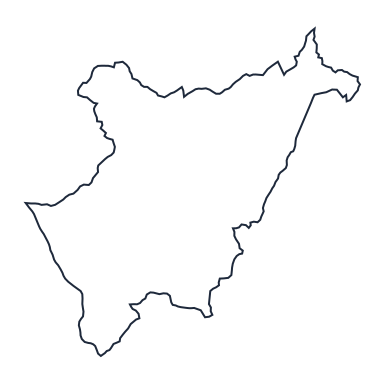 Jaú, São Paulo, Brazil (orthographic projection), rotated 1°
{"feature_id": "56859067B42546306526915", "entity_name": "Jaú", "entity_type": "district", "adm_level": 2, "iso_a3": "BRA", "parent_name": "Brazil", "parent_adm1": "São Paulo", "projection": "orthographic", "projection_center": [-48.547, -22.301], "detail": "fine", "context": "isolated", "style": "outline", "palette": "slate", "viewbox_px": 384, "rotation_deg": 1, "n_neighbors": 0, "source": "geoboundaries", "source_scale": "gbopen_adm2", "svg_char_len": 3917}
<svg xmlns="http://www.w3.org/2000/svg" viewBox="0 0 384 384"><g transform="rotate(1 192 192)"><path d="M76.2,92.7L76.6,96.9L81.8,98.9L85.4,99.2L88.4,101.8L92.1,104.6L95.5,105.2L93.5,108.1L92.5,110.5L92.9,113.0L94.0,115.8L95.5,119.0L95.9,123.0L100.5,123.4L101.2,126.6L99.5,130.0L101.9,131.9L104.9,134.5L103.5,137.5L106.1,139.5L108.5,140.3L111.7,141.1L112.9,144.9L114.1,148.2L113.6,151.1L113.0,153.9L110.6,156.5L107.1,158.4L104.5,160.6L97.8,167.1L97.3,169.7L97.7,173.7L92.8,179.8L91.3,184.2L88.7,186.8L83.7,186.5L80.0,188.4L77.6,191.9L73.5,195.7L69.4,196.8L65.8,199.3L63.4,201.8L59.3,204.6L55.4,207.2L51.2,208.4L47.3,206.8L41.8,207.5L38.7,206.5L35.4,206.2L31.7,206.3L25.9,205.9L29.5,210.5L32.7,214.2L34.4,216.8L36.4,221.4L38.0,225.1L39.7,229.0L40.9,231.4L42.8,234.3L44.5,236.6L46.3,239.9L48.5,243.9L49.9,246.8L50.8,249.5L51.4,252.6L53.7,257.1L55.3,262.0L56.9,264.7L59.5,267.6L62.2,272.0L63.9,275.1L65.0,278.0L66.7,280.8L69.8,283.9L75.2,288.0L82.4,293.0L84.1,296.0L84.4,300.3L84.3,305.9L84.9,309.7L85.6,313.5L85.2,318.3L83.2,320.9L81.6,323.6L81.2,327.3L82.4,331.4L82.9,334.5L83.1,337.4L84.4,340.9L87.3,343.8L90.8,344.7L93.4,345.0L95.9,346.0L97.9,347.7L99.6,351.8L100.9,355.2L103.7,357.5L107.7,354.6L109.5,352.5L112.2,351.5L113.7,349.5L116.2,345.3L119.5,343.9L122.3,342.6L122.7,339.4L125.4,335.7L127.6,332.9L130.5,329.6L133.0,325.1L138.3,320.5L141.6,319.2L140.7,314.7L137.9,311.5L134.7,310.0L133.2,307.9L131.9,305.5L135.4,305.2L139.1,305.2L142.0,303.9L144.4,301.0L147.2,299.3L148.6,295.3L152.1,293.1L155.3,293.3L161.2,294.7L165.2,293.8L168.8,294.0L171.7,296.2L173.2,302.7L174.7,305.2L177.7,305.7L179.9,306.7L182.7,307.3L187.8,307.9L190.7,308.2L193.1,308.2L196.2,307.9L202.8,310.1L207.2,317.0L211.3,316.4L214.5,314.5L212.8,310.9L212.9,307.1L210.9,303.8L212.0,290.7L214.8,288.3L217.7,286.9L220.6,284.8L220.3,282.0L221.3,278.1L225.5,277.8L229.8,277.2L232.8,274.4L233.2,270.0L233.4,266.8L234.0,263.1L235.5,258.6L237.8,255.2L240.4,253.3L243.2,252.7L243.8,249.7L240.6,247.4L239.9,243.0L236.8,238.5L235.1,235.1L235.1,231.1L233.6,227.6L236.7,227.5L239.6,226.6L242.1,223.6L246.5,224.2L249.4,226.9L251.3,224.3L250.9,221.6L254.3,220.6L258.1,221.1L260.7,218.6L261.7,215.4L262.8,212.9L264.0,210.1L263.2,206.8L264.2,203.0L265.4,200.1L266.5,196.8L268.5,193.5L270.5,190.4L272.2,186.9L273.9,184.4L275.3,180.6L277.8,177.0L278.4,173.3L280.0,171.0L282.2,169.3L285.4,166.4L286.4,163.4L286.1,158.8L287.0,155.6L288.5,153.4L290.1,150.5L292.5,149.5L293.5,147.2L294.4,143.9L294.7,139.3L295.1,136.4L309.4,100.9L311.4,95.6L312.8,92.6L319.6,90.9L324.5,89.9L330.3,87.1L335.1,87.2L338.3,91.1L341.2,94.7L344.4,92.3L345.1,98.7L348.5,97.4L351.0,94.2L353.2,90.8L356.0,87.5L356.6,84.5L358.1,81.5L355.6,78.2L355.8,74.3L353.3,73.6L350.4,72.8L347.5,71.3L345.0,69.4L342.0,69.0L339.8,67.4L335.6,67.8L333.4,69.9L330.7,68.2L328.9,65.2L326.4,64.7L323.8,63.9L320.0,61.9L320.1,58.9L319.5,55.9L315.9,55.2L316.5,52.3L313.9,50.3L314.2,46.3L314.2,42.3L310.8,37.8L311.9,34.5L311.2,30.8L311.7,26.5L308.4,29.2L305.5,32.4L303.7,34.3L303.3,38.7L302.5,41.4L301.6,44.6L299.4,47.9L297.3,50.0L296.1,53.9L292.3,54.9L293.2,57.6L294.5,59.9L293.9,63.6L291.5,65.6L288.4,67.5L284.2,70.0L282.0,73.2L275.6,60.2L270.1,64.2L265.4,67.9L263.3,70.7L260.9,73.9L253.5,73.4L251.0,73.5L247.6,74.9L244.2,73.2L241.0,75.0L237.8,78.3L233.8,81.1L231.1,83.6L228.9,86.4L226.9,88.0L223.1,89.2L220.3,91.8L218.0,93.3L214.3,93.3L210.7,91.2L207.9,89.4L204.1,88.1L199.8,88.7L196.9,88.5L193.7,89.2L190.9,91.1L186.0,94.0L182.4,97.0L181.5,90.7L180.0,87.2L175.2,90.8L172.4,92.6L169.0,93.8L165.9,96.0L162.8,97.8L160.2,97.0L156.3,96.1L154.8,93.5L151.6,91.8L148.3,89.9L145.6,87.7L142.2,87.7L139.4,86.0L138.0,83.4L135.4,81.1L130.5,79.5L129.4,75.1L127.6,72.4L126.9,69.2L124.2,65.9L120.4,63.0L116.3,63.8L112.8,64.1L111.7,68.7L108.8,67.8L106.1,67.3L103.0,67.3L100.0,67.3L95.7,67.6L92.0,70.1L90.2,73.8L89.2,78.4L88.0,80.8L84.6,84.8L81.2,84.7L77.4,90.0L76.2,92.7Z" fill="none" stroke="#1e293b" stroke-width="2"/></g></svg>